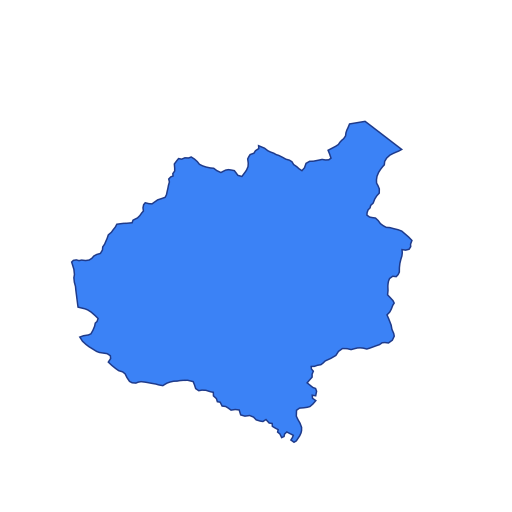 outline of Itápolis, São Paulo, Brazil, rotated 298°
{"feature_id": "56859067B39994933994670", "entity_name": "Itápolis", "entity_type": "district", "adm_level": 2, "iso_a3": "BRA", "parent_name": "Brazil", "parent_adm1": "São Paulo", "projection": "robinson", "projection_center": [-48.813, -21.543], "detail": "fine", "context": "isolated", "style": "filled", "palette": "blue", "viewbox_px": 512, "rotation_deg": 298, "n_neighbors": 0, "source": "geoboundaries", "source_scale": "gbopen_adm2", "svg_char_len": 4316}
<svg xmlns="http://www.w3.org/2000/svg" viewBox="0 0 512 512"><g transform="rotate(298 256 256)"><path d="M156.4,376.7L156.9,372.7L159.5,371.0L160.6,374.3L165.0,373.0L167.0,370.8L166.6,367.9L167.3,364.2L168.0,360.7L171.3,361.4L175.4,362.4L178.0,361.0L181.2,360.7L182.2,358.0L184.4,356.6L186.0,359.4L188.3,361.5L190.5,364.3L192.8,365.4L195.9,366.4L198.1,368.1L200.7,370.1L202.8,371.4L205.7,373.2L210.5,373.6L214.9,375.8L217.0,380.0L218.0,383.9L219.9,385.9L222.4,388.7L223.8,391.0L225.0,393.9L225.9,397.5L228.2,399.8L233.0,404.1L235.8,406.7L238.6,408.1L240.1,410.4L241.4,413.8L245.7,415.9L250.1,415.7L252.2,414.0L255.1,410.4L258.4,407.8L260.3,405.6L262.8,402.7L265.5,399.3L269.4,400.4L272.7,400.4L276.7,399.9L279.3,400.1L280.9,397.9L283.5,390.4L287.4,388.8L291.4,386.5L293.8,385.5L296.0,384.8L298.8,384.5L302.3,386.2L303.6,389.5L306.3,390.2L309.1,390.1L313.0,388.1L317.0,386.5L321.3,385.4L324.5,384.8L327.4,383.7L330.2,381.9L331.4,385.3L333.8,388.0L336.9,388.2L339.0,386.9L342.9,386.4L344.4,381.9L345.3,378.0L346.4,373.0L345.9,369.1L344.8,364.8L343.9,360.8L342.4,357.5L342.5,353.8L343.0,350.6L344.6,347.3L345.6,343.7L344.5,340.6L343.7,338.0L344.2,334.7L346.5,333.7L349.3,333.3L352.1,334.1L354.5,333.5L357.7,334.6L362.1,334.1L366.0,334.4L369.4,335.3L373.1,333.4L375.2,330.9L377.0,328.2L379.8,326.6L383.2,325.4L387.4,325.0L391.1,325.3L394.5,325.9L396.7,326.5L399.9,325.2L403.9,325.4L408.0,326.9L410.9,328.9L413.7,331.1L415.6,332.7L418.5,334.6L425.6,292.2L426.1,289.1L416.5,276.6L412.5,277.0L409.8,277.1L407.0,277.6L404.0,278.7L400.6,278.3L398.5,277.4L395.9,276.7L393.1,276.4L390.2,274.8L386.4,272.2L383.2,270.0L380.7,273.0L377.6,276.3L375.1,275.1L373.4,272.3L372.3,269.0L370.5,266.9L366.6,262.1L364.8,258.9L361.3,256.7L356.6,257.4L352.9,256.5L353.2,253.1L354.0,250.1L354.4,246.3L356.1,243.5L356.3,240.5L355.5,236.9L355.6,233.5L355.5,228.9L355.0,226.2L355.1,223.5L354.6,220.0L354.5,217.0L355.2,212.9L354.6,206.5L352.2,208.0L348.7,206.1L345.8,205.9L342.8,203.2L340.2,203.0L337.8,203.1L334.3,205.6L331.2,207.0L327.7,207.3L325.4,207.1L319.6,206.2L318.7,202.1L319.9,199.7L321.2,196.8L320.3,193.8L319.3,191.1L317.6,188.9L315.7,187.5L313.2,185.8L313.0,181.2L313.6,177.5L312.3,174.3L311.1,170.1L310.5,166.4L310.4,163.0L311.8,159.8L312.7,156.1L313.0,152.3L310.9,150.5L309.3,147.1L306.6,144.9L305.7,141.9L302.8,141.3L298.9,140.7L295.5,142.9L292.9,144.3L289.7,143.9L287.7,145.2L285.8,143.6L283.0,142.8L280.7,144.8L277.4,145.5L274.5,146.4L271.5,147.2L268.0,148.2L265.1,148.2L262.3,145.6L259.4,142.8L256.2,141.2L253.2,139.7L251.9,136.8L251.0,133.2L248.5,132.7L245.5,133.6L242.8,135.5L240.5,134.9L237.2,134.5L234.0,133.5L231.9,132.0L229.9,130.6L227.2,131.0L225.8,128.9L224.2,126.5L222.7,123.8L220.5,120.7L218.7,118.2L215.4,118.2L212.3,117.6L209.1,117.2L205.3,115.7L201.6,116.3L198.7,116.5L195.4,116.8L192.1,116.4L189.2,117.6L185.2,117.4L182.5,114.6L179.8,112.8L177.0,112.2L174.1,110.6L172.0,107.7L170.5,103.9L168.8,101.9L168.2,99.2L166.4,96.8L164.1,96.1L161.7,98.5L158.7,101.5L154.4,104.4L151.3,105.4L147.6,107.9L144.4,110.9L141.5,112.8L129.2,121.5L127.3,122.9L129.1,129.9L129.4,132.7L129.1,136.6L128.0,141.4L126.7,145.9L123.5,146.4L121.3,145.6L118.2,146.5L113.8,146.9L109.8,146.8L107.6,145.1L104.6,141.1L101.7,138.5L99.3,142.8L98.1,147.4L97.5,151.1L96.9,160.1L97.3,163.0L99.9,170.4L99.6,174.2L97.2,175.8L93.0,175.4L91.7,180.1L90.8,184.7L90.3,188.6L91.1,192.6L90.5,195.8L88.1,199.1L85.9,203.2L85.9,206.1L87.4,209.6L89.3,211.2L91.1,213.5L92.5,217.1L93.5,220.1L94.7,224.0L95.9,227.6L96.5,230.5L97.8,234.6L99.9,235.8L102.0,237.1L104.4,239.3L106.8,242.1L108.6,245.2L110.2,247.2L112.0,250.0L114.2,254.0L115.6,259.5L113.4,262.1L110.6,265.0L110.2,268.7L112.2,271.2L113.9,274.8L114.8,279.7L115.6,282.3L112.5,284.1L111.5,288.0L109.2,290.3L110.1,293.0L107.6,296.5L108.9,299.9L108.7,302.9L108.2,306.3L110.7,309.7L112.2,313.4L108.5,317.1L109.4,321.4L112.2,325.3L112.6,329.5L111.4,333.1L112.2,337.1L113.1,339.8L116.3,341.6L114.7,346.0L115.7,348.9L113.3,350.4L113.1,353.7L113.1,357.1L110.7,357.7L110.1,360.7L107.7,363.9L109.8,365.5L112.2,364.8L115.1,365.8L115.2,373.1L112.8,373.4L109.9,373.2L109.4,377.0L111.7,378.4L117.8,379.0L120.9,378.8L123.2,378.2L126.1,376.7L129.0,373.4L131.4,369.6L133.5,366.8L138.8,364.2L142.1,365.8L144.4,369.4L146.5,372.3L148.4,374.3L152.0,375.7L156.4,376.7Z" fill="#3b82f6" stroke="#1e3a8a" stroke-width="1.5"/></g></svg>